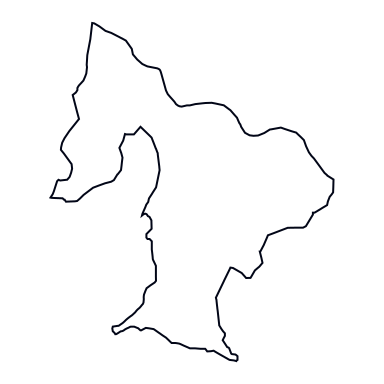 Yarim, Ibb, Yemen
{"feature_id": "15242507B58616339895534", "entity_name": "Yarim", "entity_type": "district", "adm_level": 2, "iso_a3": "YEM", "parent_name": "Yemen", "parent_adm1": "Ibb", "projection": "natural_earth1", "projection_center": [44.288, 14.289], "detail": "fine", "context": "isolated", "style": "outline", "palette": "ink", "viewbox_px": 384, "rotation_deg": 0, "n_neighbors": 0, "source": "geoboundaries", "source_scale": "gbopen_adm2", "svg_char_len": 4913}
<svg xmlns="http://www.w3.org/2000/svg" viewBox="0 0 384 384"><path d="M155.9,275.1L155.9,276.2L155.9,276.7L156.0,280.8L154.7,282.5L150.5,285.3L147.7,287.4L146.6,288.2L145.5,290.7L144.0,294.6L143.8,296.0L143.7,297.3L143.8,299.1L143.5,302.5L143.0,303.7L143.0,303.8L142.3,304.6L141.6,305.4L141.0,306.2L140.3,307.0L139.6,307.8L139.3,308.0L138.8,308.5L137.9,309.2L137.0,310.1L136.2,311.0L135.6,311.8L134.9,312.6L134.6,312.9L134.1,313.3L133.4,314.0L132.5,314.8L131.7,315.5L130.9,316.0L130.1,316.6L129.8,316.8L129.3,317.2L128.5,317.8L127.5,318.6L126.8,319.2L126.0,319.9L125.2,320.7L124.4,321.5L123.6,322.2L123.2,322.6L122.8,322.9L122.0,323.5L121.1,324.1L120.2,324.7L119.4,325.3L118.6,325.8L117.4,325.9L112.8,326.6L112.3,328.5L112.8,331.3L113.5,331.9L114.7,333.1L115.3,334.2L116.3,334.1L118.0,333.1L120.6,331.4L121.8,331.2L122.5,331.0L123.4,330.6L124.4,329.9L124.5,329.8L124.8,329.6L125.0,329.4L126.9,328.4L128.3,327.8L129.7,327.1L129.8,327.0L130.3,326.8L130.6,326.7L134.3,326.7L137.5,328.0L138.1,328.2L140.4,330.3L141.1,330.4L145.8,327.9L148.9,328.3L153.6,329.1L154.1,329.4L155.1,330.1L158.9,332.8L159.4,333.1L162.6,335.4L166.1,337.7L166.7,338.3L168.5,340.0L168.9,340.4L169.9,341.4L171.6,343.0L175.4,343.0L176.9,343.2L179.2,343.6L180.5,344.1L183.7,345.6L189.0,347.9L189.1,348.0L189.4,348.1L189.9,348.3L194.6,348.3L200.6,348.8L202.7,348.8L205.2,348.8L205.8,349.5L206.7,350.7L207.2,351.4L207.7,351.4L211.0,351.2L213.6,350.7L215.7,352.0L218.8,353.8L219.3,354.1L229.0,359.6L229.6,359.9L230.3,360.0L233.8,360.4L236.1,361.0L236.1,360.9L237.5,359.9L237.5,358.2L237.5,356.2L236.6,355.4L235.6,354.6L235.4,354.5L231.9,354.1L231.2,353.6L230.6,352.0L229.2,348.3L228.7,347.7L227.8,347.3L227.2,347.1L225.2,344.0L222.7,340.2L223.6,338.3L224.9,335.9L224.9,333.3L224.6,333.0L223.0,331.2L221.8,329.5L221.1,328.5L221.0,328.3L220.6,327.6L219.9,326.5L219.2,325.3L219.2,325.0L219.2,324.8L217.7,311.0L217.3,308.1L217.3,307.8L217.0,305.3L216.5,300.6L216.5,300.0L216.4,299.7L216.2,299.0L215.9,297.6L216.1,297.3L223.9,281.1L224.1,280.6L229.6,269.4L230.4,267.6L233.0,268.0L241.7,273.0L245.8,277.6L246.1,278.0L250.5,277.9L251.2,276.8L254.9,270.4L258.3,267.5L259.3,266.7L261.4,264.2L262.5,262.9L261.4,257.9L259.8,251.6L260.3,251.6L263.3,245.9L263.6,245.4L267.1,237.3L267.9,235.3L273.3,233.3L281.4,230.2L287.7,227.8L294.2,227.7L295.1,227.7L295.4,227.7L303.0,227.7L305.9,226.2L312.9,214.6L312.9,213.9L312.9,212.7L313.6,212.7L314.5,212.7L320.5,209.1L322.4,207.9L327.1,205.1L327.9,201.4L329.7,196.8L331.6,194.5L333.1,192.4L333.3,187.4L333.5,179.5L327.3,175.6L327.0,175.1L324.5,172.9L319.7,166.3L313.9,158.4L311.5,155.9L308.9,152.3L306.1,146.3L303.9,140.1L301.0,137.2L297.9,134.3L296.2,132.6L291.8,131.3L284.5,128.9L281.2,127.7L280.8,127.6L270.9,129.4L269.9,129.5L264.3,133.0L258.1,135.5L253.5,135.8L249.6,135.3L245.0,132.8L241.2,126.9L240.3,124.4L239.4,123.2L238.3,120.8L237.0,117.7L234.3,114.7L230.4,110.2L229.0,109.2L223.8,105.3L215.4,103.5L211.7,102.8L205.5,103.0L202.5,103.3L195.3,104.1L189.8,105.4L187.6,105.4L186.9,105.4L183.9,106.1L181.7,106.6L179.6,106.3L178.0,105.6L176.0,104.1L174.4,101.7L172.2,99.2L170.3,97.1L167.8,94.2L166.0,90.5L161.4,74.0L160.7,71.7L160.1,70.3L159.6,69.6L159.1,69.2L157.9,68.6L157.1,68.3L154.5,67.8L147.4,66.4L145.4,65.5L142.3,64.0L137.2,59.5L132.9,54.4L131.8,48.9L125.9,40.6L123.4,39.2L115.7,35.2L111.2,32.9L105.5,30.9L99.4,26.4L94.3,23.4L92.2,23.0L90.3,39.3L87.3,55.1L86.9,61.8L86.7,64.8L87.0,67.2L86.3,73.5L85.1,76.7L83.4,80.6L78.9,85.5L78.1,86.7L77.4,88.0L77.4,90.1L75.9,92.5L72.7,95.0L77.1,112.0L79.0,119.0L69.3,131.1L64.5,138.2L62.2,142.7L61.1,147.4L61.0,148.7L60.9,149.8L62.0,151.2L63.8,153.4L68.6,160.0L69.1,160.7L70.1,162.1L71.6,164.1L72.1,168.7L71.1,172.8L69.7,176.7L69.4,177.2L68.5,178.2L67.2,179.7L60.2,180.5L58.5,179.8L57.1,181.2L54.4,189.6L53.9,191.2L52.8,194.0L52.7,194.2L50.5,197.6L51.2,197.8L54.4,198.0L62.6,198.3L64.0,199.7L64.6,199.7L66.0,201.7L67.6,201.6L75.0,201.3L77.1,201.0L80.0,198.5L83.6,194.9L93.1,187.7L99.2,185.4L105.0,183.3L111.2,181.7L113.9,180.1L117.4,174.4L117.7,174.3L121.0,170.1L121.5,166.1L121.9,162.4L122.3,159.0L122.5,157.7L121.3,153.2L120.5,151.0L119.4,147.9L119.9,146.9L120.0,146.7L123.2,140.6L125.0,134.0L126.3,134.4L133.9,134.4L134.6,133.6L140.5,126.8L150.2,136.2L151.6,137.6L152.2,139.2L153.5,142.5L154.2,144.3L155.8,148.5L156.0,148.7L156.2,149.3L157.2,152.0L157.7,153.1L157.8,154.7L159.3,166.8L159.3,167.1L159.6,170.2L156.1,187.2L156.0,187.5L155.2,188.7L154.0,190.6L152.7,192.6L152.2,193.5L149.0,198.4L148.7,199.6L148.2,202.0L146.3,204.6L145.4,207.0L142.5,213.6L142.0,215.5L143.1,214.6L144.5,213.8L145.5,213.7L146.6,214.2L147.2,215.0L147.9,216.1L149.5,216.9L150.4,218.5L151.2,220.0L151.4,220.3L151.6,228.2L151.6,228.8L146.4,234.1L146.4,237.6L147.5,239.0L149.6,239.0L151.8,241.3L151.8,245.9L151.8,246.4L151.8,248.0L151.8,249.5L152.0,251.1L152.3,253.7L152.6,256.5L152.8,258.9L152.9,259.5L155.9,265.8L155.9,268.9L155.9,275.1Z" fill="none" stroke="#020617" stroke-width="2"/></svg>